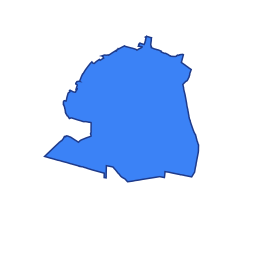 Vorniceni, Botosani, Romania (Equal Earth projection), rotated 148°
{"feature_id": "2599482B8793432480787", "entity_name": "Vorniceni", "entity_type": "district", "adm_level": 2, "iso_a3": "ROU", "parent_name": "Romania", "parent_adm1": "Botosani", "projection": "equal_earth", "projection_center": [26.671, 47.98], "detail": "fine", "context": "isolated", "style": "filled", "palette": "blue", "viewbox_px": 256, "rotation_deg": 148, "n_neighbors": 0, "source": "geoboundaries", "source_scale": "gbopen_adm2", "svg_char_len": 5661}
<svg xmlns="http://www.w3.org/2000/svg" viewBox="0 0 256 256"><g transform="rotate(148 128 128)"><path d="M184.6,154.1L185.1,153.8L185.5,153.6L186.4,154.5L188.4,153.3L190.9,152.4L191.3,152.4L191.9,152.5L192.8,152.3L193.7,152.3L194.4,152.1L200.9,150.8L213.8,148.1L213.2,147.4L212.8,147.0L209.7,143.5L208.8,142.6L208.3,142.0L207.8,141.5L204.7,138.0L203.0,136.4L201.4,134.5L200.7,133.8L199.8,132.8L198.5,131.5L195.4,127.9L195.1,127.7L194.6,127.1L189.3,121.3L189.5,121.2L189.3,121.0L189.0,120.8L188.3,120.1L187.0,119.1L186.8,119.0L186.4,118.3L185.4,117.1L185.1,116.8L184.9,116.8L184.6,116.4L184.4,116.0L183.3,114.6L183.0,114.3L180.5,111.4L175.9,106.4L172.1,102.3L174.5,98.6L173.8,98.0L173.0,97.3L172.6,97.9L172.1,98.6L171.6,99.5L166.3,107.5L163.5,104.9L162.1,103.6L161.6,103.0L161.3,102.5L161.2,102.2L161.2,100.9L161.0,100.1L160.8,99.6L160.8,98.8L160.7,98.5L160.3,94.6L160.0,93.9L159.9,92.8L159.7,90.9L159.3,89.7L158.5,88.1L157.9,87.1L157.5,86.2L157.3,85.1L157.1,83.9L156.8,82.6L155.7,82.1L153.7,81.2L151.9,80.4L149.9,79.7L146.1,78.0L143.0,76.8L137.6,74.5L136.1,73.9L134.8,73.3L127.2,70.1L126.7,69.8L126.3,69.4L123.4,66.7L122.2,68.1L119.7,71.4L119.1,70.8L116.9,69.0L115.6,67.7L114.1,66.2L110.2,62.5L109.2,61.6L108.2,60.5L107.2,59.8L106.6,59.2L106.0,58.7L105.1,57.7L104.0,56.7L99.9,52.8L95.5,55.0L95.0,55.2L91.9,58.7L90.0,60.6L88.8,62.1L87.6,63.3L87.1,63.9L85.4,65.7L81.3,70.1L80.3,71.4L78.9,73.6L77.3,76.0L77.1,76.4L77.0,77.5L76.7,78.5L76.4,79.6L76.3,80.5L75.8,81.9L75.6,82.5L75.3,83.6L74.9,84.6L74.6,85.8L74.3,86.5L74.4,87.1L74.2,89.7L74.0,90.4L73.9,91.3L72.6,97.0L72.4,97.9L71.8,100.3L71.4,101.1L71.3,101.8L71.2,102.2L71.2,102.6L70.9,103.7L70.7,104.1L70.5,104.7L70.3,105.4L69.9,106.1L69.3,107.7L69.2,108.0L69.0,108.4L68.8,108.8L68.2,110.4L68.0,111.0L67.6,111.8L66.4,115.3L65.0,118.4L64.3,120.2L63.5,122.2L62.0,126.0L60.5,130.6L60.3,131.1L60.2,131.4L60.1,131.7L59.8,132.3L59.6,132.4L59.5,132.8L58.4,135.9L57.5,136.1L56.6,136.4L55.8,136.5L54.9,136.8L54.2,136.9L53.6,136.8L53.0,136.8L52.6,136.9L51.5,137.5L51.1,137.7L50.4,138.2L49.3,138.8L48.2,139.9L47.8,140.1L47.4,140.5L47.0,141.2L46.8,141.4L44.0,143.6L43.4,144.1L44.5,146.6L44.9,147.7L45.9,150.1L46.2,151.0L47.1,153.1L48.0,155.3L45.8,157.4L42.2,160.8L42.5,161.4L43.3,161.8L44.7,162.5L44.8,162.5L45.3,162.6L45.8,162.9L46.2,162.7L46.4,162.7L46.6,162.8L46.9,163.0L47.2,163.4L47.4,163.6L48.5,163.5L48.8,163.2L49.3,163.4L49.8,163.5L51.4,164.5L51.9,164.9L52.4,165.2L53.7,166.2L53.8,166.4L53.8,166.7L54.0,166.8L54.3,167.2L55.2,169.3L56.2,170.8L56.3,171.1L56.6,171.5L57.5,172.0L57.9,172.5L58.3,173.1L58.6,173.6L59.5,174.8L59.2,175.4L59.2,175.8L59.5,176.0L60.0,176.8L60.4,177.4L61.1,178.3L61.8,179.0L62.1,179.2L62.3,179.6L63.8,181.2L65.6,183.8L65.3,184.0L65.2,184.2L65.2,184.6L65.0,184.8L65.1,185.1L65.0,185.4L64.8,185.7L64.8,186.0L64.6,186.6L62.9,188.7L61.8,190.0L60.8,191.5L60.2,192.1L60.6,192.5L61.0,192.8L61.4,193.3L62.4,194.5L63.4,195.5L63.5,195.9L64.4,195.4L64.6,195.9L65.0,195.9L64.8,195.6L64.8,195.4L65.0,195.4L65.1,195.0L65.3,194.5L65.7,194.2L65.9,193.9L66.2,193.8L66.3,193.6L66.5,193.2L67.0,192.8L67.4,192.5L68.1,191.7L70.1,190.3L70.8,191.0L71.1,191.3L71.6,192.1L71.9,192.3L72.2,192.6L72.4,193.1L72.6,193.4L73.2,193.8L74.4,193.3L74.2,193.0L75.9,191.9L75.0,191.2L73.7,190.1L73.0,189.4L73.1,189.2L73.4,189.1L75.1,189.0L76.2,189.2L76.9,189.3L78.6,189.2L79.3,189.5L79.3,189.9L80.1,191.1L81.9,193.2L83.1,194.4L87.1,198.7L87.4,199.5L90.9,199.8L94.1,200.0L94.3,200.5L94.6,200.3L95.7,200.3L96.0,200.1L96.6,199.6L97.1,199.4L97.6,199.6L97.9,199.9L97.8,200.1L102.0,200.1L104.4,200.0L106.0,200.1L106.1,200.5L106.9,200.8L107.6,201.1L109.2,202.3L109.7,202.5L110.5,202.6L112.0,203.0L111.8,202.8L111.7,202.3L111.4,201.9L111.6,201.7L111.6,201.4L111.5,201.1L111.6,200.6L111.6,200.2L115.7,200.2L115.9,201.3L118.5,201.2L119.9,201.1L120.7,201.0L122.3,200.6L122.6,200.8L122.9,201.0L123.2,201.4L123.4,201.7L123.6,203.2L125.8,202.7L129.1,201.5L133.2,199.9L137.4,197.8L137.8,197.9L140.1,196.4L141.7,195.2L143.5,193.9L143.8,193.6L144.1,193.4L144.1,193.2L144.0,192.9L144.6,193.4L145.5,194.0L146.0,194.1L146.4,194.3L146.6,194.4L146.9,194.4L147.6,193.9L148.3,193.8L148.6,193.6L148.9,193.2L148.9,192.9L148.8,192.5L148.3,192.0L148.3,191.8L148.2,191.4L148.4,191.1L149.1,190.5L151.1,188.8L150.7,188.8L150.4,188.7L150.2,188.3L150.3,188.1L150.5,188.0L151.3,187.5L151.8,187.2L152.5,187.0L153.0,186.7L153.2,186.4L153.4,186.3L153.6,186.3L154.0,186.4L155.3,187.7L155.7,188.3L155.9,188.7L156.2,189.2L156.4,189.6L156.6,189.7L156.9,190.5L157.2,190.8L157.6,190.7L157.3,190.2L158.5,189.4L158.6,189.6L159.8,189.4L160.3,189.3L163.5,186.4L165.3,184.5L166.1,183.8L166.3,183.7L167.1,184.6L167.3,184.8L167.7,184.9L168.1,184.9L168.4,184.8L168.9,184.4L169.2,184.0L169.8,182.9L170.0,182.8L170.1,182.4L170.2,182.1L170.4,182.0L170.3,181.7L170.5,181.0L170.5,180.4L170.6,180.1L170.8,179.5L170.8,179.2L170.9,178.9L171.3,178.1L171.3,177.9L171.4,177.6L171.6,176.9L171.7,176.6L171.9,176.1L172.2,175.8L172.2,175.5L172.2,175.3L172.7,174.5L172.9,174.2L172.8,173.7L172.9,173.4L173.1,173.1L172.9,172.7L173.0,171.7L173.1,170.6L172.8,170.2L172.7,170.0L172.7,167.1L171.0,166.8L170.7,166.6L170.3,166.2L166.5,161.7L164.7,159.7L164.2,159.2L163.3,158.0L162.5,157.1L162.1,156.8L161.5,156.4L160.4,155.8L159.0,154.5L158.2,153.7L157.9,153.5L157.7,153.4L156.5,152.2L156.6,151.9L156.7,151.7L157.1,151.0L160.6,145.6L161.4,144.2L161.7,143.9L162.1,143.5L162.7,143.1L162.7,142.9L162.9,142.7L163.0,142.4L163.1,141.6L163.7,140.7L165.0,140.9L168.9,141.8L170.8,142.1L173.1,142.5L174.6,142.7L175.6,142.6L177.6,142.2L178.6,144.5L179.8,146.9L179.9,147.3L180.4,148.2L181.1,149.9L181.9,151.2L182.3,151.6L183.2,152.9L183.7,153.4L184.6,154.1Z" fill="#3b82f6" stroke="#1e3a8a" stroke-width="1.5"/></g></svg>